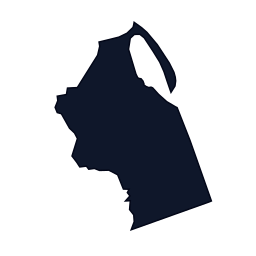 Gulf, Florida, United States of America (Mercator projection), rotated 160°
{"feature_id": "52423323B60614723714205", "entity_name": "Gulf", "entity_type": "district", "adm_level": 2, "iso_a3": "USA", "parent_name": "United States of America", "parent_adm1": "Florida", "projection": "mercator", "projection_center": [-85.238, 29.931], "detail": "fine", "context": "isolated", "style": "filled", "palette": "ink", "viewbox_px": 256, "rotation_deg": 160, "n_neighbors": 0, "source": "geoboundaries", "source_scale": "gbopen_adm2", "svg_char_len": 1031}
<svg xmlns="http://www.w3.org/2000/svg" viewBox="0 0 256 256"><g transform="rotate(160 128 128)"><path d="M187.9,113.5L186.6,107.9L180.1,106.4L179.0,102.7L173.4,101.5L169.3,97.9L160.4,94.9L153.7,87.6L153.2,72.2L147.9,70.1L150.7,67.5L149.4,63.5L155.3,60.3L150.7,58.9L154.4,50.8L152.3,44.4L154.2,37.8L159.8,31.3L76.6,30.8L74.6,30.9L74.0,95.0L74.9,130.4L76.1,131.6L82.6,139.5L87.8,149.2L91.1,157.3L92.4,158.5L94.7,158.9L97.0,161.0L98.5,163.4L97.9,164.0L97.9,167.0L98.9,169.8L101.0,171.0L101.7,172.1L102.1,176.0L100.6,201.8L95.2,211.6L90.0,213.8L84.8,212.0L81.9,207.2L78.2,191.6L75.6,179.1L74.9,168.7L75.2,158.7L75.4,146.8L69.5,151.4L67.1,156.0L66.2,159.7L65.8,164.6L67.0,175.0L72.0,196.3L77.5,211.4L80.9,217.6L86.1,225.2L87.6,222.6L88.9,220.8L96.5,217.4L105.4,216.5L115.0,217.5L125.8,218.7L126.6,214.5L131.6,206.8L161.8,183.3L171.2,186.2L174.4,180.5L183.6,182.1L184.6,177.7L189.4,172.3L189.2,166.7L185.7,164.2L183.0,147.8L179.9,141.6L179.1,135.4L190.2,120.8L187.9,113.5Z" fill="#0f172a" stroke="#020617" stroke-width="1.5"/></g></svg>